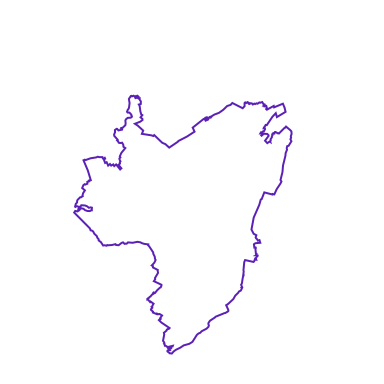 Beresti-Tazlau, Bacau, Romania (Natural Earth projection), rotated 317°
{"feature_id": "2599482B13595150483809", "entity_name": "Beresti-Tazlau", "entity_type": "district", "adm_level": 2, "iso_a3": "ROU", "parent_name": "Romania", "parent_adm1": "Bacau", "projection": "natural_earth1", "projection_center": [26.669, 46.487], "detail": "fine", "context": "isolated", "style": "outline", "palette": "violet", "viewbox_px": 384, "rotation_deg": 317, "n_neighbors": 0, "source": "geoboundaries", "source_scale": "gbopen_adm2", "svg_char_len": 6000}
<svg xmlns="http://www.w3.org/2000/svg" viewBox="0 0 384 384"><g transform="rotate(317 192 192)"><path d="M160.5,297.4L163.2,296.3L163.1,295.7L163.8,295.8L164.6,293.4L166.1,292.9L171.1,289.0L172.8,288.2L173.0,288.0L172.7,287.8L175.5,285.5L176.3,284.3L182.4,278.9L184.4,278.0L189.3,285.1L190.2,285.1L192.3,284.0L192.5,284.7L193.1,284.2L193.2,284.6L193.4,284.2L195.3,283.5L196.5,283.5L196.7,283.2L195.6,282.0L196.0,282.1L196.3,281.4L196.7,281.6L197.0,281.3L196.7,281.0L196.9,280.4L199.5,277.0L200.5,276.5L200.7,275.9L199.7,275.2L201.5,272.6L202.2,272.4L203.7,272.9L207.3,275.7L208.5,273.2L207.0,272.5L207.4,271.1L207.3,269.5L207.6,268.6L209.6,267.5L208.6,264.6L209.9,260.0L219.7,252.8L232.4,247.3L237.2,244.4L238.2,244.7L244.6,241.6L249.1,248.7L249.6,248.4L250.6,249.9L255.8,247.7L262.6,246.1L264.6,245.3L264.9,243.6L271.8,239.1L276.5,234.8L284.9,229.3L287.2,227.3L290.3,225.9L291.2,224.5L292.9,223.4L294.1,224.1L299.3,222.7L300.0,220.5L301.5,219.9L302.3,218.6L304.4,217.5L306.0,215.5L306.1,214.1L305.4,208.3L304.2,208.6L303.7,208.2L295.5,208.5L295.3,207.9L294.8,207.7L294.0,205.1L293.4,204.7L292.2,205.4L291.8,204.5L291.5,204.4L291.3,204.9L290.0,204.5L289.5,205.5L288.4,205.7L287.7,206.5L285.5,207.0L284.6,208.1L283.7,208.2L283.4,208.8L283.2,208.0L280.4,207.6L280.4,204.3L286.3,203.2L286.7,202.6L286.6,200.8L284.2,198.4L281.3,198.3L281.3,197.7L283.9,197.3L283.2,197.2L282.7,196.0L282.2,195.7L283.1,195.4L283.9,196.5L284.2,196.0L285.3,196.1L285.8,196.7L288.2,195.9L288.7,195.1L288.6,194.6L288.0,194.2L288.7,193.8L289.5,193.9L291.6,193.2L292.3,194.1L302.3,191.8L307.0,191.5L305.2,195.1L315.1,197.2L317.2,193.5L318.7,189.4L309.8,186.1L310.5,184.8L302.9,182.9L302.8,181.9L304.1,181.5L304.6,180.6L304.4,180.0L305.0,179.6L304.9,179.2L303.3,178.7L303.4,178.3L303.1,177.8L304.4,177.8L304.8,177.4L304.2,176.4L304.7,174.1L302.7,173.2L302.3,172.4L300.2,172.2L299.7,171.2L298.2,170.8L297.9,169.9L296.2,169.5L296.3,168.3L295.5,167.1L294.1,166.9L293.7,166.3L293.8,165.1L294.2,165.1L293.9,164.1L292.3,163.9L292.1,162.8L291.8,162.7L291.1,162.8L289.0,165.1L286.2,165.3L282.2,154.4L279.6,154.6L276.4,153.1L270.9,153.2L265.7,152.5L261.1,150.6L258.6,150.1L256.9,150.3L257.2,149.7L255.9,149.1L253.1,150.0L250.6,149.1L250.9,147.9L252.5,148.3L253.9,148.0L253.9,147.5L252.4,146.8L251.8,147.0L250.1,146.5L236.4,145.4L235.0,149.6L226.0,148.0L216.8,145.4L215.9,145.6L205.6,144.0L205.2,138.9L203.8,135.7L203.2,124.6L201.9,124.7L200.9,122.8L195.0,115.3L198.2,113.8L197.6,106.5L196.8,103.2L202.2,105.3L204.9,105.6L205.6,104.7L205.3,102.3L208.1,101.9L207.8,100.6L209.3,97.7L212.5,93.2L212.8,91.8L214.6,92.7L216.4,90.8L216.8,88.3L217.6,87.8L216.7,87.0L216.6,86.1L216.7,85.8L217.8,85.9L217.8,85.6L217.0,85.5L217.7,84.6L217.6,84.2L216.3,84.0L216.1,84.4L216.0,83.9L215.6,84.2L215.4,85.1L214.7,84.8L215.2,83.1L215.0,81.8L213.4,81.2L213.4,80.5L212.7,80.1L209.3,80.9L207.0,84.4L203.9,87.0L202.6,87.8L201.0,88.1L199.2,89.0L199.1,90.0L200.4,91.3L200.4,94.0L199.8,94.7L199.7,95.7L199.3,96.0L197.9,95.9L195.5,93.9L193.2,93.8L192.0,94.3L190.4,96.4L188.8,97.7L184.8,97.7L184.0,96.9L183.6,96.9L183.7,98.5L183.4,98.7L180.2,96.8L180.3,94.8L180.0,94.4L177.9,94.1L176.5,95.8L174.3,96.8L173.4,98.0L173.3,102.7L173.2,103.2L172.4,103.2L172.5,104.6L172.0,105.9L172.8,107.2L174.5,108.3L174.0,110.5L172.7,112.2L173.2,114.4L167.1,115.2L163.5,116.7L163.2,117.9L161.8,117.9L161.1,118.9L160.6,120.8L159.5,121.0L158.7,122.1L156.8,122.0L156.5,126.5L154.8,126.5L155.3,120.1L152.8,120.0L153.2,118.1L150.9,117.6L151.1,115.6L148.7,115.5L149.9,112.0L148.3,111.5L149.7,108.1L151.2,108.4L151.5,107.5L150.5,107.4L149.7,106.7L150.3,105.4L148.0,103.3L147.1,101.9L145.6,101.4L140.7,98.1L136.0,96.1L135.7,95.3L134.3,94.8L130.5,105.2L126.0,114.4L124.9,114.0L124.7,113.4L124.2,113.3L123.7,113.9L122.4,113.2L121.1,114.6L119.0,113.8L118.8,113.1L117.3,112.9L114.4,114.2L114.8,117.8L111.5,118.6L109.4,120.0L109.3,120.5L107.2,120.2L106.7,119.6L103.1,119.7L102.0,120.1L100.8,121.3L99.0,121.4L96.5,123.0L96.5,123.4L97.6,123.6L98.4,124.2L98.7,125.1L99.3,125.7L98.8,126.2L99.0,126.5L100.5,126.7L102.0,126.2L104.5,128.8L105.5,130.8L105.8,133.2L107.4,134.1L108.1,135.2L106.2,137.1L105.3,136.4L104.3,136.3L102.6,134.6L101.4,132.3L101.2,130.3L99.9,128.4L98.9,128.3L97.1,127.0L96.5,127.5L96.7,128.4L95.0,128.1L93.7,126.2L91.8,126.7L92.5,148.9L91.7,150.9L92.4,151.7L92.8,153.5L92.1,155.8L92.3,159.5L91.6,160.7L91.5,162.9L90.7,163.8L91.2,166.6L90.5,170.5L91.8,171.4L92.9,173.0L93.8,173.0L93.9,173.4L97.2,176.1L100.5,178.0L100.3,179.0L102.1,180.9L105.8,181.2L107.2,181.8L107.3,183.9L108.3,184.5L108.5,184.9L109.3,185.3L110.8,185.2L114.0,188.7L118.1,191.2L120.0,193.7L120.4,195.1L121.7,197.4L124.3,200.5L123.6,201.0L123.6,202.7L122.4,209.7L121.5,210.9L120.7,213.8L119.5,215.4L119.0,216.9L116.3,218.0L112.5,218.3L112.9,219.5L112.0,220.6L113.8,225.7L113.3,226.0L112.0,228.0L106.2,229.7L105.6,230.7L103.3,231.2L106.4,239.0L105.9,239.6L104.1,240.4L103.3,240.1L99.5,240.1L96.2,240.6L95.5,239.3L95.0,239.3L94.6,239.4L94.8,240.2L92.4,239.8L90.4,240.1L89.4,239.8L88.6,240.1L87.1,239.7L86.4,239.7L86.0,240.2L86.5,240.4L86.3,243.9L87.0,243.8L87.7,247.5L85.6,248.1L84.5,248.9L84.1,248.7L84.0,249.6L81.9,249.8L81.6,250.3L81.9,253.0L81.2,253.5L83.0,257.4L83.5,257.1L84.1,258.5L85.1,259.1L85.9,261.9L82.8,262.5L82.6,263.5L81.8,263.5L81.8,263.0L80.4,263.1L80.6,266.6L82.8,276.2L81.7,276.3L80.9,275.7L79.7,275.5L78.9,276.0L75.4,275.8L74.6,277.2L69.3,281.1L69.1,283.1L68.7,283.8L68.1,283.9L68.2,284.5L67.3,285.9L67.8,286.4L68.6,288.9L73.1,291.4L72.5,291.7L72.0,291.2L71.3,291.4L69.5,290.8L69.7,292.0L68.3,291.7L67.9,291.1L67.8,292.3L67.1,291.6L65.9,291.3L65.3,291.9L65.8,294.1L65.6,294.6L67.1,296.4L69.7,296.1L72.5,296.4L77.4,297.9L81.3,298.5L86.5,301.2L90.1,301.9L98.2,299.8L100.3,299.9L102.0,300.6L104.0,300.4L109.5,301.9L112.2,301.8L113.4,301.0L114.0,299.6L114.8,299.0L117.3,298.4L123.2,299.4L124.2,299.3L133.1,302.7L133.8,303.2L137.0,303.9L137.6,303.7L138.2,302.8L139.8,298.1L141.9,298.5L149.2,298.5L153.0,297.3L157.0,297.2L158.6,296.8L160.5,297.4Z" fill="none" stroke="#5b21b6" stroke-width="2"/></g></svg>